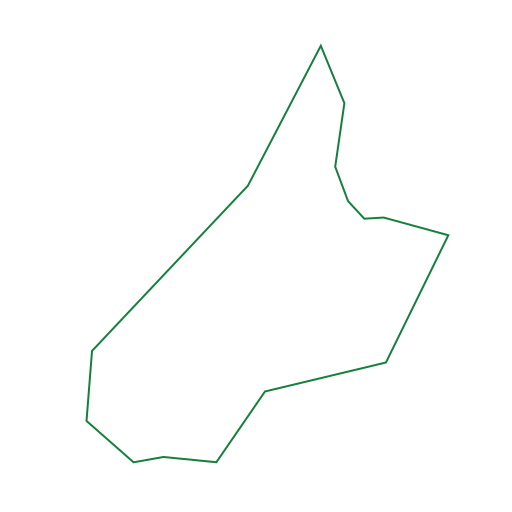 Turnišče, Mercator projection, rotated 261°
{"feature_id": "SVN-1049", "entity_name": "Turnišče", "entity_type": "Municipality", "adm_level": 1, "iso_a3": "SVN", "parent_name": "Slovenia", "parent_adm1": "", "projection": "mercator", "projection_center": [16.325, 46.616], "detail": "fine", "context": "isolated", "style": "outline", "palette": "green", "viewbox_px": 512, "rotation_deg": 261, "n_neighbors": 0, "source": "natural_earth", "source_scale": "10m", "svg_char_len": 353}
<svg xmlns="http://www.w3.org/2000/svg" viewBox="0 0 512 512"><g transform="rotate(261 256 256)"><path d="M326.7,259.0L453.5,352.9L393.1,367.2L331.8,348.2L295.8,355.5L275.9,368.8L274.0,388.1L246.4,449.2L130.5,367.7L120.8,243.7L58.5,184.6L72.0,133.0L71.4,102.8L119.6,62.8L187.9,79.2L326.7,259.0Z" fill="none" stroke="#15803d" stroke-width="2"/></g></svg>